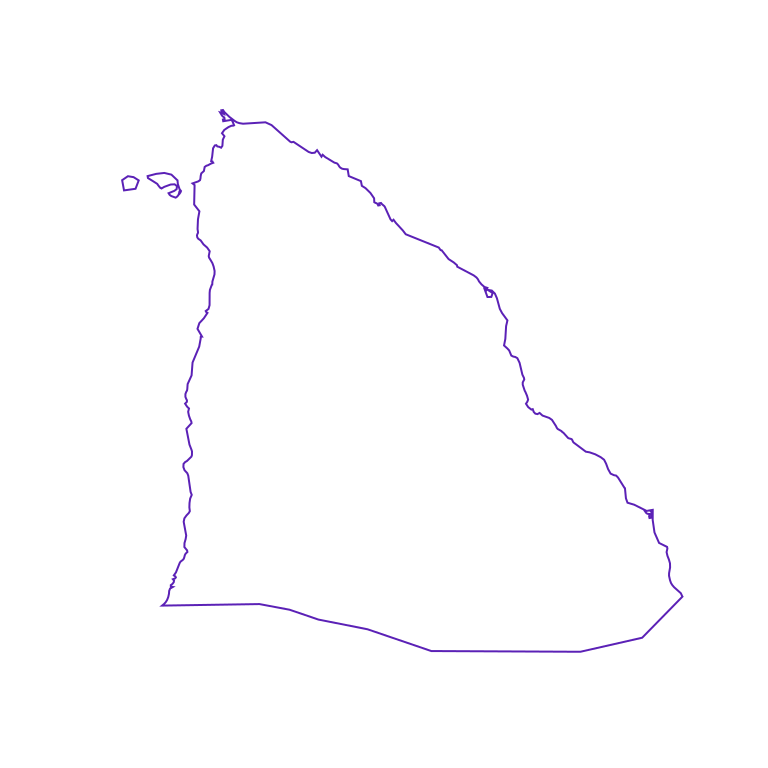 the Governorate of Janub Sina', rotated 170°
{"feature_id": "EGY-1557", "entity_name": "Janub Sina'", "entity_type": "Governorate", "adm_level": 1, "iso_a3": "EGY", "parent_name": "Egypt", "parent_adm1": "", "projection": "robinson", "projection_center": [33.959, 28.827], "detail": "fine", "context": "isolated", "style": "outline", "palette": "violet", "viewbox_px": 768, "rotation_deg": 170, "n_neighbors": 0, "source": "natural_earth", "source_scale": "10m", "svg_char_len": 4882}
<svg xmlns="http://www.w3.org/2000/svg" viewBox="0 0 768 768"><g transform="rotate(170 384 384)"><path d="M641.0,204.3L638.7,205.6L636.8,207.1L635.1,209.0L633.5,211.6L632.2,214.7L631.5,217.5L630.2,219.7L627.2,220.8L628.0,221.1L628.7,221.1L629.1,221.5L628.9,222.9L627.0,223.9L625.5,225.3L624.9,226.9L625.8,228.4L623.6,228.8L622.6,229.6L622.8,230.6L624.2,232.0L621.6,234.6L616.3,243.2L615.2,244.4L612.7,245.7L611.5,246.7L610.6,248.4L609.9,250.0L608.8,251.4L606.8,252.7L606.8,254.3L608.9,258.1L608.1,262.0L606.3,265.7L605.1,269.1L605.2,283.1L603.9,286.4L601.3,288.9L598.6,290.9L597.3,292.5L597.1,296.3L596.2,300.6L594.8,304.8L592.6,308.2L593.2,311.3L592.7,327.7L593.2,330.3L595.4,333.7L596.0,337.0L595.3,340.1L593.5,341.6L591.4,342.4L586.3,345.9L585.5,347.3L584.8,350.9L585.0,352.6L586.1,358.1L586.4,374.2L580.3,378.9L580.3,380.6L581.0,383.0L581.6,386.7L581.7,390.6L580.3,393.8L581.1,394.8L581.9,396.0L583.3,399.2L581.2,400.7L580.9,402.2L581.4,403.8L581.8,405.8L581.3,408.6L580.2,410.5L579.1,411.8L578.6,413.2L577.4,418.0L572.0,425.9L568.8,438.4L559.5,452.9L556.6,460.7L556.4,461.4L556.4,462.1L556.1,462.5L555.0,462.3L558.1,470.7L555.3,476.0L550.0,480.0L545.5,484.7L546.1,485.3L546.4,485.4L546.9,486.8L543.8,488.4L542.1,491.9L539.9,504.0L539.1,506.9L536.4,511.5L535.9,511.7L535.2,514.7L531.9,521.4L531.2,524.7L531.4,529.3L532.0,532.8L533.1,535.8L534.3,538.8L534.4,540.4L532.6,545.0L534.5,549.1L537.5,552.8L539.6,557.2L541.7,559.3L542.4,560.8L542.4,562.8L541.8,564.0L541.2,564.7L540.8,565.6L540.7,569.0L538.6,578.5L535.8,586.1L539.8,593.7L536.0,612.8L537.7,614.8L531.7,615.8L529.8,616.7L529.1,618.2L528.4,620.7L527.4,623.1L524.4,625.0L522.9,628.9L521.0,629.8L519.3,630.0L516.1,631.1L513.8,631.5L514.3,632.6L514.3,632.9L514.5,633.0L515.5,633.5L513.8,637.6L511.4,645.8L509.2,648.3L507.6,648.3L506.9,646.9L505.0,646.2L503.4,645.0L501.8,646.6L500.3,652.6L498.1,655.7L500.0,659.1L497.1,662.0L492.6,664.0L489.5,664.8L487.3,664.6L486.7,664.8L487.6,669.0L488.4,670.6L496.7,670.7L496.7,672.4L495.0,672.4L495.0,674.2L496.2,675.4L497.0,676.6L498.2,679.8L495.9,678.6L495.0,677.9L495.3,679.0L495.3,679.5L495.6,679.7L496.7,679.8L496.7,681.8L495.0,681.8L493.9,679.4L489.8,673.8L485.4,669.0L483.5,667.3L481.1,666.0L477.6,664.8L455.3,662.3L449.8,658.5L434.3,638.9L433.1,638.1L431.1,638.2L417.9,625.6L415.0,624.0L412.0,623.8L409.3,625.9L406.1,618.7L404.6,620.4L402.5,617.7L394.4,610.6L392.5,609.7L391.9,609.3L391.1,608.1L390.2,605.8L389.5,604.7L387.9,603.3L386.1,602.6L382.5,601.7L382.6,594.9L371.5,587.8L371.4,583.0L368.2,580.1L364.2,574.5L361.5,568.6L362.0,564.7L360.9,563.8L359.9,563.3L359.2,562.5L358.7,560.8L357.2,560.8L357.2,562.8L355.5,562.8L354.8,561.5L352.8,559.1L352.4,558.2L349.0,545.0L347.7,543.0L346.1,544.1L344.3,540.5L338.9,532.1L336.6,527.7L306.4,508.9L305.0,506.0L304.0,505.7L298.7,495.8L294.2,491.6L291.5,488.3L291.5,486.8L276.8,475.4L274.4,472.8L273.3,470.8L272.6,468.5L270.7,465.2L268.2,462.1L265.5,460.7L266.9,458.7L266.9,460.7L268.6,460.7L267.0,451.7L263.2,451.1L261.2,454.7L265.5,458.7L261.6,457.3L259.1,453.8L257.9,448.8L256.9,437.9L255.4,433.3L251.4,425.2L253.7,419.8L256.7,407.3L259.1,401.1L256.3,397.5L254.9,395.3L253.7,389.9L252.0,388.6L250.0,387.8L248.2,386.3L246.8,381.3L246.1,369.2L245.1,365.7L245.1,364.1L247.1,361.5L247.5,359.2L246.6,353.0L246.1,351.5L245.2,347.6L244.8,343.6L245.9,341.7L247.6,339.9L246.0,336.2L243.3,333.2L241.9,333.4L241.4,330.5L240.1,328.5L238.1,327.7L235.8,328.5L233.4,325.4L227.2,321.9L224.8,319.5L221.9,312.6L221.5,311.0L220.8,309.6L217.4,306.8L216.6,305.5L215.9,305.0L212.1,298.9L211.4,298.4L209.5,297.5L208.8,297.1L208.4,296.3L207.8,294.1L207.4,293.4L197.0,282.3L193.4,281.0L188.2,278.1L183.4,274.4L180.4,271.2L179.1,266.9L178.1,261.3L176.4,256.4L173.4,254.3L171.3,253.5L169.8,251.3L165.1,239.7L164.8,239.5L165.6,229.4L164.8,224.8L158.6,221.7L147.4,213.4L149.1,213.4L148.2,211.5L147.2,210.5L146.0,210.1L144.4,209.7L144.9,209.1L145.5,208.6L145.9,207.6L145.8,205.9L144.4,205.9L143.3,208.2L142.7,210.3L143.1,212.1L144.4,213.4L141.2,213.4L143.0,203.5L143.4,190.8L140.7,179.7L133.5,174.4L133.5,172.7L134.9,169.4L134.7,165.6L133.9,161.6L133.5,157.7L134.1,153.7L136.1,148.2L136.6,145.6L136.4,141.1L135.9,138.1L135.0,135.9L133.6,133.5L128.0,126.4L127.2,123.3L127.0,122.8L173.8,89.3L237.1,86.2L383.8,112.8L442.8,145.3L489.5,163.4L516.2,178.1L544.9,188.9L641.0,204.3ZM572.5,620.4L576.2,623.8L580.7,627.8L580.7,629.8L571.8,630.5L563.7,630.0L557.0,627.1L552.4,620.9L552.0,620.4L552.3,616.7L551.5,611.4L550.4,609.3L551.2,608.0L551.5,607.7L551.5,607.8L551.9,609.3L552.0,609.2L552.8,607.2L553.9,605.5L555.3,604.4L556.8,603.7L560.8,606.0L562.2,607.4L563.0,609.3L557.0,610.6L554.4,611.9L553.5,614.8L554.6,616.0L555.5,617.0L559.5,617.5L566.2,616.3L569.1,615.2L569.6,615.8L570.1,615.8L571.2,617.6L572.2,619.6L572.5,620.4ZM606.4,619.8L606.5,630.2L600.1,633.1L594.7,631.2L590.2,627.1L594.8,619.4L606.4,619.8Z" fill="none" stroke="#5b21b6" stroke-width="2"/></g></svg>